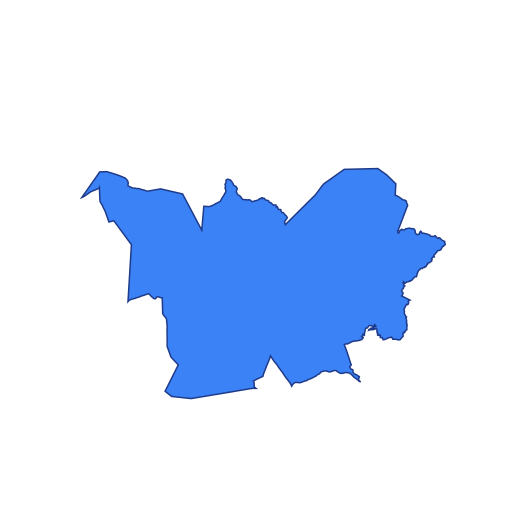 the district of Coatecas Altas, Oaxaca, Mexico, rotated 321°
{"feature_id": "50627088B89957955277288", "entity_name": "Coatecas Altas", "entity_type": "district", "adm_level": 2, "iso_a3": "MEX", "parent_name": "Mexico", "parent_adm1": "Oaxaca", "projection": "natural_earth1", "projection_center": [-96.617, 16.524], "detail": "fine", "context": "isolated", "style": "filled", "palette": "blue", "viewbox_px": 512, "rotation_deg": 321, "n_neighbors": 0, "source": "geoboundaries", "source_scale": "gbopen_adm2", "svg_char_len": 6133}
<svg xmlns="http://www.w3.org/2000/svg" viewBox="0 0 512 512"><g transform="rotate(321 256 256)"><path d="M340.9,245.8L298.6,250.1L299.7,247.4L301.5,246.8L303.1,246.5L304.5,245.8L304.8,243.9L304.5,242.2L304.5,239.6L303.5,238.2L303.8,236.3L304.5,235.6L302.6,233.6L303.4,232.1L303.5,230.9L302.6,230.6L303.6,228.9L301.4,227.1L301.1,224.0L300.2,222.7L300.4,221.5L300.3,220.4L298.8,218.8L298.7,216.4L297.8,215.9L297.8,214.9L296.8,214.3L296.0,214.7L295.5,213.9L294.8,213.7L293.4,213.8L292.3,213.6L289.2,212.2L287.3,211.5L287.0,211.1L286.8,209.1L286.4,208.4L285.7,207.7L285.0,207.4L284.4,206.9L284.3,206.6L283.2,205.6L281.3,203.7L281.2,202.3L281.4,200.9L281.3,199.2L280.5,197.1L280.5,196.2L280.9,194.3L281.4,193.4L283.9,191.8L284.2,189.1L283.4,187.8L283.3,186.4L283.7,185.3L283.9,183.5L284.0,180.9L282.3,178.4L280.3,178.2L279.2,179.9L277.0,180.8L275.9,183.2L275.0,183.3L273.7,186.2L272.6,187.4L270.8,187.8L269.4,188.6L266.6,189.4L262.7,191.0L259.2,190.4L257.6,189.9L255.4,189.7L252.0,188.7L250.2,187.8L246.8,184.5L230.1,201.8L238.0,161.6L224.1,143.8L212.2,137.2L211.2,135.4L208.4,131.6L207.7,130.3L207.0,129.5L206.4,129.1L205.3,128.0L204.7,127.1L203.4,126.1L202.6,124.9L200.8,121.2L201.0,120.3L202.7,118.9L203.3,117.3L203.6,116.5L203.6,115.3L203.4,113.1L200.6,107.9L198.0,103.7L193.1,96.5L187.5,92.3L157.5,100.9L159.9,101.5L168.2,102.1L176.5,104.6L177.4,104.2L170.4,113.6L168.9,116.0L168.6,119.0L166.8,126.6L163.1,137.0L167.7,139.2L166.3,168.8L127.8,210.9L129.2,210.7L131.1,210.9L134.3,212.3L135.8,213.0L137.0,213.3L139.8,214.5L141.6,214.9L144.1,216.0L147.1,217.0L148.8,217.7L149.1,219.5L149.3,222.1L149.8,224.6L150.6,225.8L151.5,225.9L152.9,225.4L153.7,225.6L154.5,226.3L155.1,227.5L156.2,229.0L156.8,229.5L147.2,242.1L147.0,243.6L147.0,247.6L146.7,248.7L144.9,251.5L142.2,255.5L141.6,255.9L130.0,270.5L126.3,281.1L127.1,291.7L100.2,303.9L102.0,312.0L115.9,326.0L169.6,356.4L172.7,358.9L172.2,356.7L174.9,353.1L175.3,351.5L180.2,352.5L185.6,353.9L187.4,352.5L195.3,348.0L201.8,344.5L204.4,342.7L203.8,348.7L203.8,352.8L203.9,353.3L203.4,357.7L203.5,358.2L203.3,361.6L203.4,363.8L203.1,364.2L202.6,370.6L202.7,372.1L202.5,376.6L201.8,379.7L203.4,378.9L206.6,378.8L207.6,379.5L209.1,380.8L210.0,381.9L211.4,382.6L216.1,384.2L216.5,384.6L217.4,384.8L218.8,384.8L221.2,385.8L227.7,387.1L229.4,386.9L231.2,387.5L233.7,387.0L236.6,388.3L237.8,389.1L239.1,390.8L239.6,391.7L240.5,392.6L242.5,393.5L244.0,393.9L246.2,395.3L246.5,397.4L247.9,400.6L250.4,402.2L252.5,403.0L255.1,405.9L255.7,408.9L255.8,411.2L256.2,413.0L257.1,416.2L257.2,416.8L257.2,418.0L258.1,419.7L257.7,417.4L258.0,416.6L259.5,415.2L259.8,415.3L260.3,415.0L260.4,414.6L259.9,413.5L259.4,411.5L258.2,409.6L258.2,407.2L259.5,405.8L259.6,405.2L258.6,403.6L258.7,402.7L259.1,401.1L260.2,400.7L260.8,400.9L261.6,400.4L261.9,399.3L266.4,387.7L268.9,380.3L270.8,381.1L271.9,382.0L276.6,383.0L277.5,383.3L279.1,384.1L279.4,384.3L279.5,384.5L282.9,386.5L285.4,387.4L286.5,387.4L288.0,386.9L288.0,386.3L287.2,385.2L287.4,385.0L287.7,384.9L289.1,385.0L289.8,384.1L290.4,385.7L291.8,384.2L293.2,383.2L294.0,382.4L294.7,381.9L295.3,381.4L296.2,381.2L296.9,381.9L298.0,381.8L300.0,381.2L300.8,381.8L301.6,382.6L302.2,383.7L302.3,384.1L303.5,384.6L304.0,384.5L305.0,384.0L305.2,384.9L305.1,385.9L304.8,386.3L304.2,385.4L303.8,385.1L303.5,385.3L302.4,385.5L302.2,385.9L299.9,384.4L298.4,384.5L297.5,384.2L296.9,384.6L297.7,384.8L298.2,385.3L300.0,386.2L300.4,386.9L301.0,386.8L302.1,387.7L302.6,387.5L302.8,387.3L303.6,388.1L303.9,389.0L303.8,389.3L303.2,390.0L302.4,390.7L302.5,391.3L301.7,392.1L302.1,392.7L302.1,393.0L301.3,393.8L300.8,393.8L300.7,394.1L301.5,394.9L302.8,395.3L302.6,396.1L302.1,396.3L301.3,397.5L302.1,398.4L302.8,398.9L302.1,401.1L303.9,402.1L307.7,403.0L309.2,403.9L310.1,404.1L310.2,404.6L310.4,404.9L309.9,406.8L312.4,408.8L313.4,410.4L314.0,410.6L314.7,411.5L315.7,411.8L316.3,411.4L319.9,411.0L321.3,408.8L322.7,408.2L322.9,409.0L323.5,409.0L324.3,408.3L326.9,408.2L328.0,406.6L328.9,405.8L329.5,405.4L329.6,404.7L330.4,404.2L330.6,403.2L331.3,402.4L331.2,402.0L332.5,401.0L333.6,398.3L334.2,398.2L334.5,398.3L334.6,398.2L334.5,397.0L335.0,394.2L336.1,392.8L336.5,392.5L337.3,391.0L338.0,390.0L338.6,390.1L342.5,388.3L342.8,388.6L342.9,389.0L344.0,389.2L345.5,388.1L345.8,386.9L346.5,386.8L347.9,387.2L344.1,378.8L346.0,378.1L346.9,377.4L347.2,376.9L347.2,376.5L346.9,375.6L347.0,375.1L347.7,374.4L348.1,374.2L350.1,373.9L350.6,373.7L351.0,373.1L351.3,372.9L352.8,373.0L352.9,372.9L352.6,371.5L352.8,370.9L353.3,370.0L353.3,369.6L353.9,369.9L354.5,369.0L354.6,369.4L354.4,370.9L357.2,371.2L358.3,371.9L359.4,372.0L359.7,372.5L360.0,372.3L361.6,372.9L365.7,372.2L366.8,372.4L367.6,373.0L368.3,372.7L370.1,371.1L370.3,371.2L370.7,370.8L371.2,370.6L372.4,369.9L373.4,369.5L374.0,369.7L374.9,369.6L375.5,369.4L376.9,369.8L377.3,370.3L377.7,370.1L378.8,370.5L379.3,370.8L379.9,370.6L380.1,370.9L380.8,371.1L381.1,370.9L381.9,371.1L383.7,370.2L384.2,370.4L384.8,369.7L386.8,370.4L388.5,370.3L389.2,370.6L390.2,369.6L390.5,369.6L390.7,369.3L390.7,368.6L391.7,368.5L392.6,368.1L394.0,368.9L394.2,368.4L394.3,367.9L394.5,367.5L394.9,367.4L398.5,366.8L399.2,366.5L400.6,366.2L401.1,366.4L401.4,366.8L402.6,367.3L404.0,367.4L405.0,366.7L405.8,366.6L406.6,366.1L407.0,366.0L407.5,366.4L408.4,366.2L409.2,366.4L410.0,366.2L410.8,365.6L410.9,364.5L411.8,363.4L410.8,361.6L410.5,360.6L410.2,357.6L409.6,356.9L408.7,357.1L408.1,356.0L408.1,353.3L407.9,352.9L407.4,352.8L406.7,352.9L404.5,351.0L404.3,350.8L404.2,349.3L403.5,347.8L402.3,345.9L401.5,345.0L400.7,343.8L400.3,343.4L399.5,343.0L399.4,342.0L399.8,341.0L399.6,340.4L399.0,340.4L398.0,341.0L397.4,341.0L396.7,341.7L394.8,341.0L394.4,339.8L394.3,338.5L395.7,336.3L395.9,335.0L395.7,334.1L395.1,333.4L394.2,332.8L392.5,330.7L389.3,329.0L388.0,329.2L387.1,328.8L386.0,326.9L383.3,326.8L382.4,327.7L381.8,327.8L381.3,327.5L380.4,327.9L381.1,327.2L381.8,325.5L382.9,325.3L405.8,312.0L406.6,309.2L407.4,307.9L406.8,306.2L405.6,305.0L404.5,301.0L404.0,299.5L403.4,298.0L402.5,296.3L410.1,287.9L408.6,275.1L405.7,264.7L379.1,244.2L354.3,242.6L351.0,243.2L340.9,245.8Z" fill="#3b82f6" stroke="#1e3a8a" stroke-width="1.5"/></g></svg>